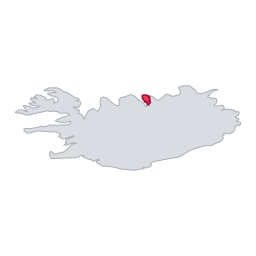 Grýtubakkahreppur, Norðurland eystra, Iceland shown in context
{"feature_id": "244011B60639573794911", "entity_name": "Grýtubakkahreppur", "entity_type": "district", "adm_level": 2, "iso_a3": "ISL", "parent_name": "Iceland", "parent_adm1": "Norðurland eystra", "projection": "robinson", "projection_center": [-18.134, 65.987], "detail": "fine", "context": "in_parent", "style": "filled", "palette": "rose", "viewbox_px": 256, "rotation_deg": 0, "n_neighbors": 0, "source": "geoboundaries", "source_scale": "gbopen_adm2", "svg_char_len": 5429}
<svg xmlns="http://www.w3.org/2000/svg" viewBox="0 0 256 256"><path d="M198.9,93.5L201.3,93.6L205.1,92.7L210.6,90.1L212.9,89.5L218.2,89.5L211.8,92.1L209.5,94.9L207.7,96.3L207.8,96.9L212.3,98.6L214.5,98.0L215.5,98.2L216.4,99.1L217.0,100.7L216.7,102.3L215.4,104.0L213.7,105.4L213.9,105.8L215.4,106.1L222.8,105.2L223.8,107.3L224.4,107.9L224.3,108.6L221.3,110.8L224.8,109.5L227.6,109.1L232.4,109.8L234.4,110.6L235.6,112.0L237.9,111.5L239.0,112.3L239.1,113.2L238.1,115.5L235.3,116.7L237.1,118.4L238.5,118.4L238.8,118.8L238.7,119.8L236.5,121.0L240.2,122.3L240.6,122.8L240.5,124.3L239.9,125.1L238.8,125.6L236.2,125.7L234.7,126.3L235.2,127.2L234.8,129.9L232.8,132.1L230.9,133.2L229.1,134.0L223.8,133.1L224.1,135.0L222.3,136.2L222.6,137.1L223.3,137.6L223.0,138.9L220.7,141.4L219.0,142.3L215.7,143.3L210.9,145.6L206.0,145.6L194.1,148.9L189.3,150.7L180.9,156.1L177.3,157.5L171.2,158.2L152.7,161.8L150.6,163.9L150.5,164.4L151.3,165.2L149.9,166.7L147.1,167.8L145.8,167.8L143.5,166.9L143.2,167.3L144.1,168.4L135.0,170.3L122.5,169.3L111.4,166.7L102.6,166.1L96.4,162.5L96.3,161.9L97.0,160.8L99.2,160.3L98.2,159.2L94.4,161.1L93.2,161.1L91.6,160.3L91.5,159.5L88.4,159.2L83.1,156.9L82.7,156.4L84.0,155.6L83.8,155.5L80.8,155.6L76.5,157.7L51.3,158.6L50.4,157.5L49.5,153.3L50.5,151.5L51.5,151.7L54.4,154.0L61.2,152.7L64.0,151.8L66.6,149.5L68.0,148.8L70.2,145.9L72.3,144.1L76.6,143.3L72.8,142.8L66.4,145.1L64.2,145.1L65.2,144.1L67.5,142.9L66.0,142.9L65.4,142.3L65.4,141.3L66.5,139.5L74.1,136.4L72.4,135.8L67.1,138.2L63.3,139.0L60.3,137.9L58.8,136.5L59.0,135.9L60.8,134.0L60.5,133.6L59.3,133.5L56.0,131.8L50.8,131.9L37.8,130.9L27.9,133.3L25.6,132.2L23.8,129.9L24.2,128.9L25.9,128.4L30.7,128.5L37.8,127.4L41.1,126.0L42.3,126.4L42.9,127.0L47.3,126.0L49.6,124.8L53.5,125.4L68.2,124.8L70.1,123.3L70.9,121.5L70.6,121.1L65.2,122.8L64.0,122.7L57.8,121.9L55.5,120.9L56.3,120.1L59.7,118.4L68.2,115.5L69.4,114.9L69.5,114.2L66.2,113.0L59.9,113.3L58.3,111.9L53.1,111.0L49.6,111.6L47.8,110.7L27.1,115.3L20.5,113.2L15.8,112.8L15.4,112.2L18.2,110.2L20.2,109.8L22.1,110.0L25.6,111.4L28.1,111.8L25.1,109.8L25.0,107.8L24.1,107.3L23.2,106.0L23.6,105.5L27.3,105.8L33.3,108.1L36.2,107.7L40.1,106.2L31.6,105.4L29.0,103.6L30.9,102.6L35.4,102.8L30.6,99.7L30.4,99.1L31.3,97.7L37.4,98.9L34.2,97.1L34.1,96.7L35.1,96.4L35.7,95.2L37.2,94.8L40.3,95.2L45.1,97.3L45.8,97.9L45.9,100.1L47.8,99.7L50.0,100.0L52.0,98.6L53.3,98.9L54.2,100.2L54.0,103.1L55.4,102.1L57.6,102.0L58.1,99.6L57.7,97.7L50.4,95.5L47.6,94.0L47.9,93.4L49.4,92.9L57.1,92.5L53.8,91.6L53.0,90.6L47.2,91.0L44.3,90.6L44.2,90.1L45.4,89.4L49.0,87.9L55.7,87.8L58.4,88.2L63.6,91.5L67.7,92.8L74.5,97.2L78.9,98.9L79.1,99.3L78.4,99.9L76.6,100.4L79.3,101.2L80.9,102.4L81.0,102.9L79.4,106.4L77.7,107.6L73.5,106.9L74.5,108.0L77.4,109.3L78.1,109.9L77.6,110.6L79.0,110.4L79.5,110.8L78.8,112.8L78.0,113.5L80.5,113.9L82.1,114.9L84.1,119.0L85.3,115.9L85.9,114.7L86.9,114.3L88.2,111.1L91.0,109.2L93.6,108.5L96.3,110.7L98.2,111.0L100.3,107.0L100.6,104.2L100.1,101.0L100.5,98.7L101.8,97.4L103.5,96.9L107.2,98.3L110.3,101.4L114.9,104.9L118.1,105.7L118.7,105.6L119.3,104.5L118.9,100.0L120.4,97.6L124.3,97.0L130.1,94.8L131.4,94.7L134.3,96.0L139.4,100.5L143.1,102.6L145.0,106.0L145.8,106.6L146.6,105.6L146.7,104.1L142.3,97.1L142.2,96.2L142.6,95.4L150.6,95.8L152.4,96.6L157.9,100.5L160.7,98.9L166.0,94.2L167.9,94.4L172.5,96.3L174.3,96.1L179.7,94.4L180.8,92.2L178.5,87.8L179.4,86.8L184.4,85.7L189.8,86.0L195.4,90.1L195.6,92.0L198.9,93.5Z" fill="#d9dde1" stroke="#a8b0b8" stroke-width="1"/><path d="M147.6,104.8L148.8,104.9L148.8,104.7L148.7,104.4L148.6,103.9L149.1,103.7L150.3,103.1L150.2,103.1L149.9,103.0L150.0,102.9L150.2,102.7L150.3,102.4L150.2,102.4L150.4,102.0L150.3,101.9L150.1,101.3L149.9,101.4L149.6,101.4L149.4,101.4L149.2,101.2L148.8,101.2L148.9,100.8L149.1,100.6L149.3,100.4L149.6,100.1L149.8,99.9L149.7,99.8L149.8,99.7L149.8,99.4L149.7,99.4L149.7,99.1L149.6,98.9L149.3,98.8L149.4,98.7L149.3,98.4L149.5,98.3L149.6,98.2L149.8,98.0L149.8,97.9L149.7,97.8L149.4,97.8L149.1,97.8L149.0,97.7L148.7,97.5L148.3,97.4L148.3,97.2L148.5,97.0L148.4,97.0L148.4,96.9L148.5,96.8L148.9,96.7L148.7,96.6L148.5,96.4L148.4,96.3L148.4,96.2L148.2,96.1L147.9,96.0L148.0,95.9L148.0,95.7L147.9,95.7L147.7,95.7L147.6,95.8L147.4,95.8L147.2,95.8L147.1,95.7L147.2,95.4L146.9,95.3L146.8,95.2L146.7,95.2L146.4,95.2L146.3,95.3L146.2,95.3L146.2,95.5L145.9,95.6L145.7,95.4L145.7,95.2L145.4,95.1L145.2,95.1L144.9,95.1L144.7,95.1L144.4,95.1L144.2,95.0L143.9,95.0L143.7,95.0L143.4,95.0L143.2,95.0L142.9,95.2L142.8,95.3L142.7,95.3L142.4,95.4L142.3,95.5L142.3,95.8L142.2,95.9L142.2,96.0L142.2,96.3L142.2,96.5L142.3,96.7L142.3,96.8L142.4,97.0L142.5,97.1L142.6,97.3L142.6,97.5L142.6,97.8L142.7,98.0L142.8,98.2L142.8,98.3L142.9,98.5L143.0,98.6L143.0,98.8L143.0,99.0L142.9,99.0L143.0,99.1L143.1,99.3L143.3,99.4L143.3,99.5L143.4,99.8L143.5,99.8L143.7,100.0L143.8,100.2L144.0,100.2L144.0,100.3L144.3,100.5L144.5,100.6L144.8,100.7L144.9,100.8L145.0,100.8L144.9,100.8L145.0,100.8L144.9,101.0L144.7,101.1L144.5,101.3L144.6,101.5L144.8,101.8L145.1,102.0L145.3,102.1L145.5,102.0L145.9,102.1L146.0,102.1L145.9,102.1L145.8,101.9L145.7,101.9L145.8,101.8L145.9,101.7L146.0,101.8L145.9,101.8L146.0,101.9L146.1,102.0L146.3,102.2L146.3,102.3L146.5,102.4L146.6,102.5L146.8,102.5L146.7,102.6L147.0,102.8L147.1,103.0L147.2,103.3L147.3,103.4L147.4,103.5L147.5,103.7L147.5,103.8L147.4,104.1L147.5,104.3L147.6,104.5L147.5,104.8L147.6,104.8Z" fill="#f43f5e" stroke="#9f1239" stroke-width="1.5"/></svg>